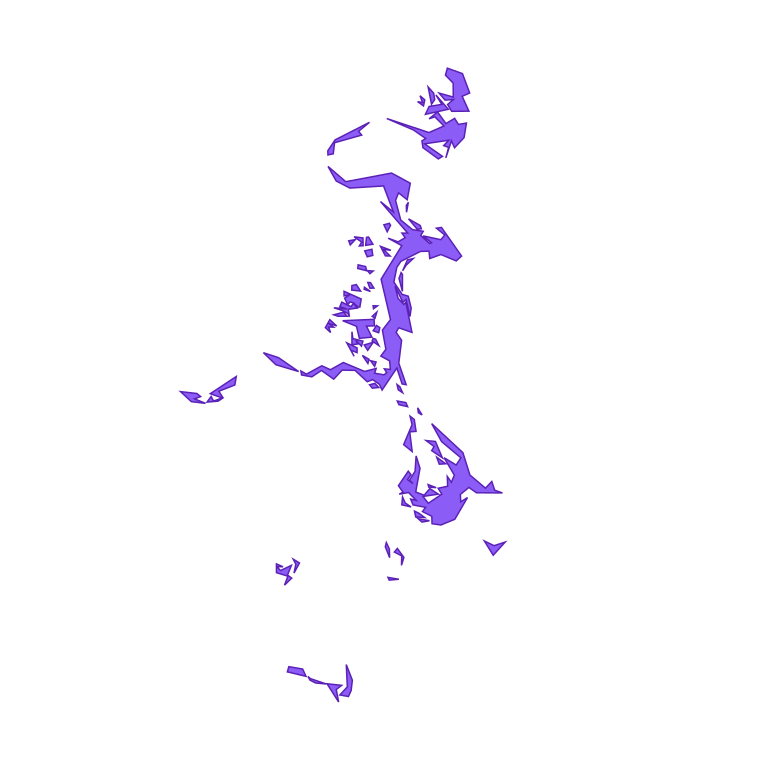 outline of Rock Islands, Palau, rotated 321°
{"feature_id": "81905179B25065420091435", "entity_name": "Rock Islands", "entity_type": "district", "adm_level": 2, "iso_a3": "PLW", "parent_name": "Palau", "parent_adm1": "", "projection": "albers", "projection_center": [134.386, 7.235], "detail": "fine", "context": "isolated", "style": "filled", "palette": "violet", "viewbox_px": 768, "rotation_deg": 321, "n_neighbors": 0, "source": "geoboundaries", "source_scale": "gbopen_adm2", "svg_char_len": 6220}
<svg xmlns="http://www.w3.org/2000/svg" viewBox="0 0 768 768"><g transform="rotate(321 384 384)"><path d="M508.3,229.8L499.5,256.4L496.1,240.0L497.4,281.7L492.9,278.0L492.5,283.6L484.4,282.4L479.0,273.3L484.9,287.7L447.7,300.7L429.6,338.0L416.7,341.1L407.3,358.2L399.1,360.3L402.9,369.6L398.1,376.7L393.8,372.4L393.2,376.9L389.8,376.9L383.5,369.7L387.7,367.0L376.8,362.0L365.9,341.7L351.4,339.2L347.1,330.7L329.9,327.5L327.6,321.6L325.6,325.1L332.4,333.0L343.9,334.1L348.0,348.6L360.2,346.9L370.1,355.2L372.4,371.7L378.0,373.5L380.2,381.4L378.7,387.5L404.0,379.7L398.1,395.4L400.8,398.5L408.6,377.1L425.2,361.1L425.9,351.5L430.8,349.6L438.2,361.5L452.4,334.2L449.5,334.7L448.8,326.4L454.2,314.9L450.1,332.4L454.4,332.2L446.7,347.9L452.9,342.1L458.1,331.0L454.5,325.7L455.8,311.0L467.4,301.4L474.3,299.3L495.7,303.9L502.6,309.1L498.5,315.3L509.7,319.2L517.6,333.8L524.8,333.4L527.2,298.5L522.8,295.9L525.0,306.5L519.0,307.6L507.6,293.5L509.8,304.1L507.8,303.5L506.0,291.8L510.6,290.0L503.3,282.0L500.2,267.1L508.5,248.6L515.6,244.6L518.0,255.4L530.8,244.5L522.6,224.8L481.6,202.7L477.4,179.7L474.6,196.2L480.8,210.3L508.3,229.8ZM338.7,506.0L333.6,507.3L337.9,516.9L333.4,522.8L339.5,529.4L353.9,533.7L377.4,524.8L369.5,523.9L373.8,517.9L384.9,517.8L387.4,526.7L407.5,543.2L403.2,536.2L406.4,527.6L397.3,528.8L393.5,508.8L402.1,487.0L396.1,444.8L392.5,465.1L397.3,489.7L389.1,492.4L384.3,479.1L381.3,499.1L374.5,502.8L375.0,495.7L369.1,503.5L360.5,499.1L359.6,506.0L343.4,504.6L343.5,495.9L356.9,503.8L353.8,494.1L345.2,495.7L340.7,487.9L358.9,472.2L363.7,460.1L353.2,471.4L343.2,474.8L343.8,479.6L342.1,473.1L347.9,471.4L348.0,467.0L331.2,472.1L330.7,480.0L326.5,479.2L334.8,483.8L335.8,494.7L332.3,490.2L330.5,496.3L338.7,506.0ZM566.7,222.9L587.7,235.3L580.4,236.3L583.1,240.8L574.3,247.2L589.4,237.5L587.5,244.8L601.3,242.9L612.3,233.1L605.2,229.1L606.1,222.0L596.0,220.6L596.8,206.3L585.9,206.3L591.6,208.3L593.0,221.2L577.2,216.9L553.2,179.4L566.8,205.2L570.9,219.5L566.5,218.9L563.0,224.8L567.9,243.3L572.7,243.9L566.7,222.9ZM626.1,182.7L627.1,193.7L618.4,204.6L609.9,192.6L610.1,201.8L616.9,206.6L609.3,206.8L608.2,214.7L621.7,225.4L625.8,209.6L633.7,211.8L640.3,192.2L632.0,178.4L626.1,182.7ZM393.6,333.0L404.1,340.0L406.8,328.0L413.2,332.8L417.0,327.5L391.7,308.8L398.9,321.8L393.6,333.0ZM523.3,176.5L523.3,171.6L537.4,171.5L499.6,163.5L487.1,167.4L484.6,170.7L489.4,173.2L497.4,165.4L523.3,176.5ZM250.2,293.5L251.1,285.7L267.5,290.9L273.9,285.2L242.9,282.2L249.5,293.0L240.8,290.0L241.8,284.9L235.1,286.7L244.2,292.9L250.2,293.5ZM411.3,286.8L408.4,290.4L413.7,293.2L407.4,292.5L405.7,299.4L409.4,298.9L411.5,302.2L412.1,307.7L413.7,309.0L419.8,303.6L411.3,286.8ZM325.5,320.6L318.6,297.1L310.0,283.8L312.1,301.0L325.5,320.6ZM233.1,286.7L227.4,276.3L233.6,278.4L232.6,273.6L221.1,261.9L223.2,276.5L233.1,286.7ZM606.9,211.0L606.2,192.0L604.9,203.1L593.7,196.7L585.9,200.5L606.9,211.0ZM363.4,454.2L373.9,437.4L379.1,441.0L385.2,430.6L384.0,425.4L380.2,433.3L361.1,443.5L363.4,454.2ZM361.1,585.8L378.7,583.1L367.8,578.9L363.2,569.2L361.1,585.8ZM164.9,596.3L154.0,597.9L159.7,604.5L165.5,601.6L173.0,594.3L178.1,578.3L164.9,596.3ZM399.4,310.0L403.3,303.5L411.1,308.2L411.2,302.1L407.0,303.1L402.7,293.8L398.3,296.2L402.3,302.4L393.0,293.2L398.0,300.9L400.3,306.6L399.4,310.0ZM139.4,562.1L141.4,554.3L132.2,543.8L127.7,546.9L139.4,562.1ZM390.3,340.4L394.6,337.4L388.4,329.1L392.0,323.2L383.8,333.3L388.8,336.4L389.7,332.1L390.3,340.4ZM187.9,472.2L197.9,466.7L186.1,463.8L185.9,458.6L190.5,462.5L187.2,456.1L181.7,462.9L187.9,472.2ZM382.9,478.1L387.8,461.0L381.1,454.4L383.6,464.1L379.1,465.8L382.9,478.1ZM378.2,343.7L379.6,337.0L382.8,342.7L385.8,339.0L381.0,328.6L378.2,343.7ZM374.9,310.4L376.8,304.8L380.6,308.1L378.9,301.5L383.7,309.1L382.4,299.9L373.9,303.3L374.9,310.4ZM469.3,288.4L468.3,279.1L473.5,284.4L467.9,274.8L465.7,285.3L469.3,288.4ZM148.6,602.6L154.6,591.4L161.4,591.5L151.1,581.1L148.6,602.6ZM283.5,535.9L290.3,531.3L290.9,520.2L286.3,521.1L289.6,528.7L283.5,535.9ZM507.0,271.1L507.2,284.5L510.7,286.9L511.9,283.6L507.0,271.1ZM454.8,263.4L459.6,257.2L453.4,250.8L456.0,259.7L451.7,261.2L454.8,263.4ZM424.3,297.1L425.1,289.3L421.0,287.3L418.0,290.7L424.3,297.1ZM463.3,268.4L464.5,260.1L462.7,259.0L457.0,264.7L463.3,268.4ZM412.1,340.8L416.2,337.6L415.0,333.8L409.1,335.8L412.1,340.8ZM456.6,323.6L467.3,310.5L467.4,308.2L462.1,311.4L456.6,323.6ZM150.4,580.9L141.3,566.5L140.9,563.4L140.1,567.6L142.7,573.3L150.4,580.9ZM517.3,258.1L513.7,259.3L509.6,264.7L517.3,258.1ZM398.0,308.2L397.7,302.7L388.5,298.6L390.9,302.4L398.0,308.2ZM392.5,347.6L401.9,344.8L393.2,341.2L392.5,347.6ZM376.5,481.1L381.7,484.8L378.9,474.1L376.5,481.1ZM597.0,196.5L602.4,194.9L605.6,189.3L605.2,181.0L597.0,196.5ZM469.7,307.7L476.1,305.6L485.7,304.9L480.3,302.3L469.7,307.7ZM327.7,496.6L325.6,489.9L327.3,483.5L321.8,489.1L327.7,496.6ZM456.2,277.0L459.4,271.7L452.8,268.4L451.0,274.6L456.2,277.0ZM383.6,405.6L382.6,409.5L388.1,416.5L389.3,412.2L383.6,405.6ZM441.8,285.1L443.6,281.1L438.9,275.1L436.3,277.7L441.8,285.1ZM418.4,327.2L423.7,323.6L417.4,324.0L418.4,327.2ZM589.7,192.7L594.5,188.9L593.4,182.7L591.1,189.6L587.8,185.7L589.7,192.7ZM404.2,350.9L405.7,343.9L404.2,341.7L401.8,343.1L404.2,350.9ZM377.7,383.4L377.3,377.8L372.3,375.5L372.3,379.9L377.7,383.4ZM264.6,539.7L272.7,545.1L265.4,536.8L264.6,539.7ZM384.4,357.9L387.9,355.4L385.2,348.2L384.4,357.9ZM482.3,267.7L489.0,264.8L489.3,262.5L484.1,260.2L482.3,267.7ZM195.1,474.3L205.7,469.9L203.2,463.0L202.1,468.5L195.1,474.3ZM331.6,513.4L329.8,506.4L327.7,502.0L325.0,507.3L331.6,513.4ZM436.5,303.1L437.3,296.7L435.3,294.9L433.3,300.7L436.5,303.1ZM326.6,515.2L333.3,518.9L325.8,510.2L326.6,515.2ZM279.1,522.5L284.4,515.5L286.0,508.7L282.6,511.3L279.1,522.5ZM180.1,477.7L190.1,476.8L189.0,472.5L180.1,477.7ZM387.8,364.4L391.7,361.9L388.2,357.4L387.8,364.4ZM353.9,492.3L359.3,497.4L355.0,489.9L353.9,492.3ZM393.0,402.5L394.6,396.1L393.8,392.6L391.4,397.5L393.0,402.5ZM445.3,254.7L452.5,253.7L446.7,250.5L445.3,254.7ZM442.5,289.4L446.7,289.4L442.5,285.5L442.5,289.4ZM392.6,427.9L394.1,432.0L395.2,423.7L392.6,427.9ZM428.2,297.9L431.7,303.6L429.7,296.5L428.2,297.9ZM423.2,318.9L428.1,319.2L424.8,316.3L423.2,318.9Z" fill="#8b5cf6" stroke="#5b21b6" stroke-width="1.5"/></g></svg>